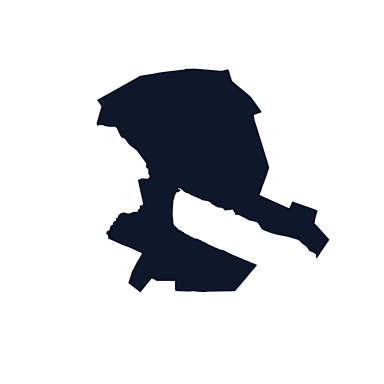 the district of Balvi, Balvu, Latvia, rotated 229°
{"feature_id": "27541924B17148947944972", "entity_name": "Balvi", "entity_type": "district", "adm_level": 2, "iso_a3": "LVA", "parent_name": "Latvia", "parent_adm1": "Balvu", "projection": "orthographic", "projection_center": [27.257, 57.133], "detail": "fine", "context": "isolated", "style": "filled", "palette": "ink", "viewbox_px": 384, "rotation_deg": 229, "n_neighbors": 0, "source": "geoboundaries", "source_scale": "gbopen_adm2", "svg_char_len": 5996}
<svg xmlns="http://www.w3.org/2000/svg" viewBox="0 0 384 384"><g transform="rotate(229 192 192)"><path d="M61.1,243.6L65.8,261.0L65.9,262.4L66.2,262.4L66.6,263.7L84.6,263.4L86.6,263.2L88.0,262.7L88.5,263.4L92.3,268.2L95.8,273.6L98.4,272.4L118.1,261.2L116.8,258.8L114.9,254.3L138.0,243.6L145.9,240.1L147.2,242.7L147.8,243.9L148.4,245.0L150.4,248.1L151.3,250.0L155.3,257.4L160.3,265.7L160.9,266.0L161.3,266.1L161.8,266.3L162.8,266.9L196.9,282.0L204.9,285.4L210.2,288.6L210.6,288.8L210.3,289.4L209.1,292.5L207.5,296.4L209.2,296.7L225.9,298.1L226.6,297.9L234.1,296.8L240.9,295.6L249.6,294.3L256.7,297.3L259.6,298.9L260.1,298.1L260.8,298.5L261.1,298.0L263.2,293.5L278.9,278.3L282.9,274.3L283.8,273.2L286.4,269.9L288.5,267.6L288.1,267.2L300.4,249.3L302.8,245.5L306.0,240.0L313.2,228.5L313.6,225.5L319.4,197.6L322.9,181.4L315.6,180.6L305.8,165.5L304.3,165.0L304.2,165.2L304.2,166.0L304.1,166.4L303.9,166.8L303.7,167.1L302.4,168.2L301.7,169.0L301.3,169.3L299.6,170.1L298.9,170.5L296.0,172.9L294.8,174.2L294.3,174.9L294.1,175.4L294.0,175.5L293.6,175.7L293.3,175.9L292.2,177.5L290.9,177.8L289.9,177.8L288.8,177.7L283.6,176.2L281.7,175.7L280.0,175.4L279.2,175.5L278.5,175.9L277.1,176.7L276.7,176.9L276.2,177.0L268.9,176.4L266.9,176.7L259.5,178.4L258.8,178.3L257.4,178.0L256.8,178.0L256.2,178.1L243.0,176.9L241.3,174.9L240.3,174.3L239.1,174.6L237.7,174.5L236.6,174.0L235.6,173.0L234.8,172.1L234.2,171.8L233.0,171.6L232.6,171.8L232.1,171.6L231.6,171.0L231.3,170.8L230.8,170.8L230.3,170.9L230.4,169.9L230.2,167.1L231.6,165.5L234.4,162.9L235.7,159.4L214.8,148.0L214.3,147.2L213.7,146.1L213.7,145.5L214.0,144.9L214.6,144.5L215.1,143.9L214.5,143.5L213.7,142.8L213.5,142.1L212.7,141.4L212.7,140.8L212.7,140.6L212.9,140.3L213.3,139.9L213.2,139.5L212.6,139.3L211.7,139.3L211.6,139.1L211.6,138.7L211.7,138.4L212.0,138.0L212.7,136.9L213.3,136.1L214.7,134.3L215.3,132.7L215.7,131.5L216.5,129.7L217.6,128.6L218.6,128.1L219.4,127.4L220.1,127.0L220.7,126.5L221.1,126.2L221.5,124.5L222.0,124.0L222.0,123.9L221.9,123.5L221.8,123.2L222.0,122.7L221.8,122.3L221.9,121.3L221.8,121.1L221.6,120.8L221.3,120.5L221.2,120.4L221.1,120.2L220.9,119.4L220.6,118.7L220.6,118.4L220.6,118.1L221.0,117.8L221.0,117.6L221.0,117.4L220.8,117.2L220.2,117.1L219.8,116.6L219.4,116.4L219.3,116.1L219.4,115.9L219.6,115.4L219.7,114.9L219.7,114.5L220.0,114.1L220.1,113.8L220.2,113.6L220.1,113.4L220.0,113.0L219.9,112.6L219.7,112.4L219.4,112.1L218.6,111.4L218.6,110.3L218.9,109.5L218.9,108.4L218.3,107.2L217.7,106.6L216.6,104.5L216.5,104.2L216.8,103.4L217.2,102.8L217.3,102.6L217.3,102.3L217.3,102.0L217.2,101.7L216.8,101.4L216.4,100.7L216.1,100.7L215.9,100.9L215.5,101.4L215.2,101.6L214.5,100.9L214.0,100.8L213.8,100.4L213.4,100.2L213.1,100.1L212.6,100.0L212.4,99.8L212.1,99.3L211.8,99.1L199.1,105.0L197.5,105.7L192.5,108.6L191.3,109.1L188.7,110.4L180.3,114.1L177.9,114.9L175.0,106.4L174.6,105.0L170.6,94.7L168.3,91.2L164.7,85.1L151.0,87.8L152.6,96.6L154.1,105.4L152.9,106.0L150.2,107.2L148.7,107.5L136.2,121.8L128.7,115.6L127.0,116.7L119.2,125.2L118.5,126.2L118.1,126.8L117.8,127.5L113.0,131.9L108.1,137.1L107.7,138.2L89.8,159.5L89.8,160.5L90.3,162.9L90.6,164.9L90.7,166.5L94.8,192.2L97.2,191.1L99.1,189.8L100.8,189.2L102.5,188.4L107.3,185.9L113.4,183.0L117.0,181.1L121.1,179.3L126.2,177.4L126.9,177.0L130.8,174.2L131.6,173.8L132.6,173.6L133.0,173.3L133.8,173.0L134.4,172.3L135.3,172.2L139.3,170.3L139.9,169.9L140.3,169.8L141.1,169.4L141.5,169.4L141.9,169.1L143.4,168.7L144.3,168.3L144.7,167.9L145.6,168.1L145.9,167.9L146.6,167.2L149.1,166.4L149.8,166.2L151.0,165.5L152.9,164.6L153.4,164.3L153.7,163.9L153.9,163.6L154.7,163.0L157.1,161.9L157.5,162.0L158.1,161.5L158.7,161.3L159.1,160.9L159.4,160.8L160.0,160.8L160.7,160.8L161.9,160.4L162.0,160.2L162.8,159.6L166.3,158.5L167.1,158.6L168.0,158.1L168.5,157.9L169.0,157.7L169.1,157.4L169.4,157.1L169.6,157.4L169.7,157.6L170.0,157.7L170.3,157.5L170.1,157.1L172.1,156.4L173.0,156.4L173.8,156.5L174.2,156.4L176.4,156.3L177.2,156.2L177.8,155.9L178.1,155.8L178.7,156.0L179.4,156.4L179.9,156.4L180.7,156.6L182.0,157.5L183.9,159.0L187.5,161.5L189.4,163.1L191.6,165.2L196.5,170.1L198.0,171.6L200.9,175.9L201.5,176.7L201.6,177.5L201.8,177.8L202.3,178.8L202.4,179.6L202.9,180.7L202.6,181.1L202.2,181.3L201.9,181.4L201.6,182.0L201.6,182.8L201.5,183.2L201.4,183.7L201.5,183.8L201.9,183.7L202.3,183.4L202.5,182.5L203.2,182.2L203.8,182.4L204.1,183.0L204.4,184.1L204.4,185.3L203.9,185.4L202.8,186.1L201.9,186.5L201.3,186.5L199.6,186.9L198.6,186.9L197.6,187.1L197.0,187.2L196.6,187.6L196.2,187.5L195.7,187.6L194.7,188.3L194.4,188.8L194.1,188.9L193.9,188.8L193.2,189.2L192.4,189.6L191.2,189.9L190.2,190.1L189.7,190.3L189.4,190.7L188.9,190.9L188.2,191.1L187.6,191.3L186.3,192.1L185.1,192.7L183.2,193.5L182.7,193.8L182.6,194.1L182.1,194.3L181.8,194.4L180.6,194.6L179.2,195.5L178.9,195.4L178.6,195.5L178.3,196.1L178.1,196.4L177.5,196.7L176.7,197.3L175.5,198.3L174.7,198.8L174.7,199.5L174.3,199.3L173.8,199.2L173.1,199.4L172.6,200.3L172.1,200.4L171.9,199.9L171.5,199.7L170.7,199.7L169.4,200.0L168.6,200.3L168.0,200.9L168.4,202.0L168.1,202.2L167.9,202.3L167.6,201.9L167.7,201.6L167.3,201.0L167.1,201.0L166.7,200.7L166.1,201.0L165.1,201.8L164.4,202.1L163.7,202.3L163.2,202.4L163.0,202.8L162.5,203.3L162.1,204.0L160.8,204.6L160.6,204.8L160.0,204.9L159.1,205.5L158.5,205.7L157.8,205.5L157.1,205.4L156.5,205.7L156.1,206.2L156.1,206.8L155.8,207.5L154.7,208.3L154.3,209.5L153.8,209.8L153.1,211.2L152.7,211.6L152.4,211.8L152.0,211.9L151.3,211.9L150.8,211.8L149.4,211.4L148.6,211.3L148.1,211.4L147.4,211.7L146.6,210.6L146.4,210.6L146.0,211.5L145.0,212.3L143.3,213.4L142.7,213.6L141.4,214.2L140.5,214.3L139.6,214.9L139.0,215.1L138.6,215.4L137.6,215.8L136.7,215.9L134.0,217.0L132.9,217.5L132.5,217.8L131.5,218.8L129.4,220.2L126.9,221.8L126.4,222.0L125.3,222.2L118.0,221.1L115.6,222.2L110.6,224.8L104.8,228.5L95.0,236.1L86.2,241.6L80.0,242.3L76.6,243.2L75.8,243.3L74.2,243.2L72.1,242.9L70.2,242.8L69.2,243.4L68.5,244.0L64.8,245.1L63.6,245.3L62.9,245.2L61.3,243.7L61.1,243.6Z" fill="#0f172a" stroke="#020617" stroke-width="1.5"/></g></svg>